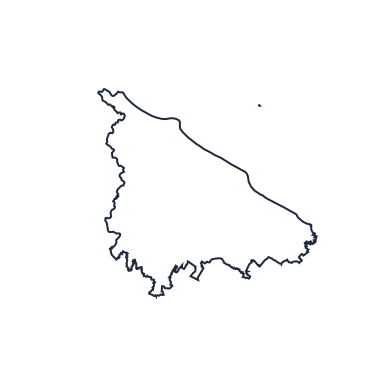 the district of Lampung Timur, Lampung, Indonesia, rotated 301°
{"feature_id": "22746128B49036162018248", "entity_name": "Lampung Timur", "entity_type": "district", "adm_level": 2, "iso_a3": "IDN", "parent_name": "Indonesia", "parent_adm1": "Lampung", "projection": "orthographic", "projection_center": [105.589, -5.121], "detail": "fine", "context": "isolated", "style": "outline", "palette": "slate", "viewbox_px": 384, "rotation_deg": 301, "n_neighbors": 0, "source": "geoboundaries", "source_scale": "gbopen_adm2", "svg_char_len": 6018}
<svg xmlns="http://www.w3.org/2000/svg" viewBox="0 0 384 384"><g transform="rotate(301 192 192)"><path d="M82.8,207.6L83.5,211.8L83.2,212.6L83.8,213.7L84.5,213.9L84.0,215.1L84.4,214.9L85.7,215.5L86.2,217.2L88.0,217.9L88.3,219.4L89.3,220.6L91.3,218.5L91.1,217.2L95.9,214.9L96.6,216.8L95.6,218.2L97.5,222.1L98.2,222.7L101.4,223.5L101.9,222.3L101.4,221.3L104.1,220.3L105.1,218.1L107.5,217.6L107.0,216.4L111.3,216.9L111.3,216.4L112.2,216.1L113.4,216.4L114.4,215.8L115.9,216.0L116.1,216.5L116.4,216.1L120.5,216.0L120.3,217.8L114.9,217.7L115.0,219.7L115.5,219.7L115.6,220.4L116.1,220.5L117.9,220.6L118.3,220.3L124.2,221.2L121.9,222.2L121.9,224.7L122.7,225.0L126.4,224.6L126.9,225.0L127.2,224.8L128.1,225.0L130.4,224.3L129.8,233.6L128.6,233.8L128.0,234.6L125.6,235.7L123.2,234.7L119.1,234.1L119.7,242.6L121.2,241.1L132.5,241.1L132.8,239.1L133.3,239.4L134.2,238.9L134.0,238.2L134.5,237.5L135.6,236.9L135.7,236.3L137.5,236.3L137.4,239.8L140.0,240.8L140.0,242.1L141.0,243.5L142.4,243.2L144.6,243.7L146.6,245.9L149.5,249.8L150.1,252.0L148.6,255.3L147.9,255.5L147.8,258.9L148.7,261.5L148.4,262.2L148.0,262.3L148.2,265.3L147.8,265.3L147.8,267.1L148.8,267.5L148.2,268.3L148.5,269.3L149.4,269.7L149.4,270.3L149.7,270.1L150.0,272.3L149.5,272.2L148.8,273.4L148.9,274.4L148.2,275.2L148.8,275.7L148.2,276.4L148.2,276.9L149.0,277.0L148.7,277.3L148.7,278.6L147.6,278.6L146.2,279.5L145.4,279.5L145.8,280.1L145.8,281.9L147.0,283.3L147.0,285.3L148.0,285.5L149.6,285.3L149.7,281.8L150.1,281.8L150.1,281.0L151.4,279.6L152.6,280.7L152.2,279.0L159.6,278.3L161.9,279.1L164.0,278.1L164.6,278.9L163.8,279.7L165.1,280.0L165.2,280.5L163.3,286.0L163.6,286.4L163.1,286.5L163.0,288.4L171.3,289.6L173.5,290.8L175.3,290.9L175.7,291.3L176.1,295.0L175.8,296.9L176.1,298.6L175.8,303.7L176.4,305.5L176.2,305.8L177.4,305.5L179.1,306.0L180.0,306.4L180.7,307.4L183.0,308.4L181.6,311.1L182.6,313.1L182.5,313.9L184.5,314.7L186.5,317.5L186.7,319.1L186.4,320.5L188.0,320.6L188.9,321.4L190.0,321.3L190.3,319.0L190.7,319.1L191.1,317.2L194.5,317.6L195.5,318.2L194.9,320.3L199.7,322.1L200.1,321.2L200.6,321.4L200.8,322.1L201.6,321.1L202.6,321.4L202.7,318.2L203.4,318.0L203.7,317.1L204.4,316.9L204.6,317.2L203.8,318.3L204.6,318.5L205.2,317.3L206.0,316.7L205.9,315.3L206.5,314.9L207.1,315.7L207.1,317.5L207.5,318.0L207.9,317.7L208.0,315.9L208.4,315.6L208.8,315.9L208.8,318.6L208.0,319.5L208.1,320.4L208.9,320.3L210.3,318.9L210.8,319.0L210.6,320.2L209.5,321.9L210.7,322.9L211.3,323.0L213.3,321.3L213.5,322.2L212.5,323.2L212.6,323.5L213.5,323.4L214.6,322.3L215.9,322.4L216.4,321.6L216.1,320.4L216.7,320.5L217.6,321.7L218.1,321.7L217.3,317.8L219.5,319.0L219.8,318.4L219.2,317.0L220.1,315.1L221.3,313.5L224.3,311.7L224.2,311.1L225.1,311.1L225.2,310.5L223.9,306.2L223.7,302.0L224.8,295.7L226.3,293.5L226.6,292.3L226.2,279.7L225.0,260.2L225.1,256.4L225.6,254.8L225.1,253.3L225.4,244.9L227.1,239.6L230.0,235.3L234.4,231.7L236.3,228.8L236.6,227.4L235.9,210.4L236.2,199.8L235.4,192.2L235.4,187.1L234.9,179.7L235.3,176.6L235.5,170.3L236.9,159.9L238.5,153.4L239.9,149.7L241.7,148.0L245.7,145.6L246.7,143.8L246.5,140.6L244.7,136.3L240.8,131.7L239.1,128.4L237.4,122.9L236.5,118.0L236.1,107.0L236.5,99.3L237.3,93.9L238.8,87.9L240.2,84.4L241.6,82.2L241.7,81.2L240.2,78.7L239.9,77.0L237.9,76.8L234.4,75.6L233.5,74.7L233.4,73.3L235.2,69.8L235.2,64.3L234.8,63.5L231.8,63.4L231.1,62.7L230.3,60.6L229.0,60.5L228.4,61.0L228.1,63.7L227.3,65.8L224.4,68.2L224.6,71.6L223.6,75.4L224.7,76.4L223.9,80.6L224.7,80.0L225.0,81.2L224.6,81.8L223.4,82.2L222.6,83.0L221.8,86.6L221.2,87.6L222.3,88.2L223.3,89.7L223.2,90.3L221.9,91.0L224.0,92.9L223.0,95.0L220.1,95.8L218.2,95.4L217.0,94.6L217.0,93.0L215.8,91.8L215.1,91.8L214.3,92.6L213.1,92.3L212.1,90.9L210.1,91.4L209.6,91.0L209.3,89.9L208.7,89.6L206.2,89.8L205.2,91.8L203.5,93.5L201.4,93.5L200.7,91.4L198.9,90.7L193.5,91.8L191.3,93.6L189.3,93.6L189.0,94.6L188.9,98.7L187.9,100.9L188.2,103.1L187.3,103.8L184.2,103.2L180.6,106.2L181.8,108.3L182.0,109.3L181.4,111.2L179.8,111.9L177.4,114.7L176.8,116.3L177.9,117.5L177.5,121.3L175.5,121.5L174.6,122.4L174.3,123.3L171.5,121.5L170.3,121.2L169.0,121.4L167.9,122.2L167.5,124.2L166.1,125.3L165.8,128.6L165.2,129.3L162.2,129.8L161.2,128.3L155.8,126.9L153.9,127.3L152.9,128.1L152.5,129.5L152.1,129.7L150.7,129.7L150.8,130.1L148.5,129.6L148.1,130.2L148.7,130.7L147.2,130.5L146.1,129.1L145.4,129.4L143.4,129.2L143.4,130.4L142.3,131.6L139.9,132.4L139.5,133.7L137.6,134.0L135.4,132.6L133.6,132.6L132.2,132.9L129.4,135.3L128.3,135.3L126.9,134.5L126.2,133.5L125.5,131.5L124.8,131.4L122.8,132.4L121.8,134.7L115.9,139.7L115.2,140.8L115.1,141.5L115.6,142.7L117.4,145.1L117.6,148.8L119.0,150.9L119.0,151.9L118.0,152.6L116.5,152.9L111.7,151.8L109.8,153.2L108.3,153.5L105.2,153.2L103.8,151.8L103.3,152.6L102.0,152.4L101.9,151.1L101.0,150.9L99.5,153.0L97.9,154.1L96.7,156.0L95.1,162.1L97.7,162.2L97.7,163.3L98.8,163.5L99.5,162.7L100.6,162.2L100.7,162.6L103.2,162.6L102.9,164.0L105.6,163.4L105.6,166.1L106.4,167.3L106.3,167.9L106.0,167.6L105.9,168.3L105.3,168.0L104.4,168.3L104.1,169.1L103.2,168.6L102.8,168.9L102.5,168.5L102.6,169.1L102.0,169.3L102.3,169.9L101.8,169.8L100.1,171.8L99.5,171.8L96.7,172.8L96.6,173.4L94.4,174.3L94.6,175.1L94.0,176.2L92.2,177.4L91.9,178.5L92.9,178.8L93.3,178.5L93.0,179.6L93.2,180.1L94.3,180.3L95.2,179.9L95.6,179.0L97.1,179.0L97.3,178.7L98.5,179.2L101.2,179.1L101.3,178.6L101.7,178.6L101.4,178.4L101.8,177.9L101.5,177.8L102.4,177.5L102.3,177.0L102.7,177.1L103.1,176.7L104.5,178.0L102.6,179.9L102.0,181.1L97.9,183.5L97.5,184.2L97.8,184.7L98.8,184.9L98.5,185.3L100.6,186.2L101.7,187.5L100.5,188.6L99.4,188.3L98.7,189.7L98.0,189.7L96.6,191.5L97.1,192.0L97.2,193.0L96.2,193.0L95.7,194.0L95.2,194.1L95.7,194.7L95.6,196.2L96.3,197.0L97.1,196.8L97.0,198.0L97.4,200.2L97.9,200.4L97.7,201.2L97.0,201.3L96.0,202.5L97.2,204.5L95.7,205.4L95.9,206.1L95.5,206.8L94.4,205.6L93.9,205.8L93.8,206.6L92.0,207.7L89.7,207.4L89.6,208.4L88.8,208.4L88.0,209.0L86.9,208.0L85.3,208.0L84.5,207.1L82.8,207.6ZM300.8,205.6L301.1,204.7L301.2,204.1L300.5,205.1L300.8,205.6Z" fill="none" stroke="#1e293b" stroke-width="2"/></g></svg>